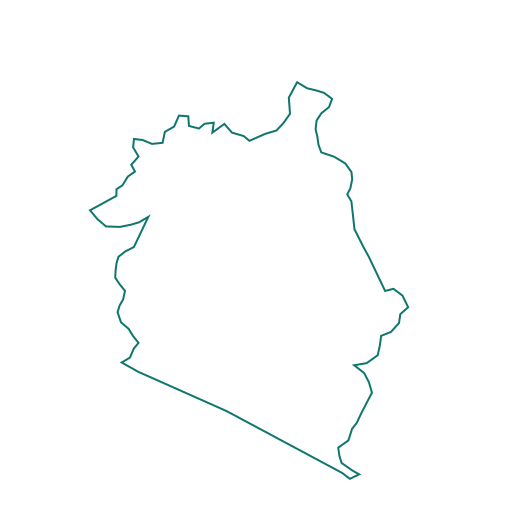 Sobradinho, Rio Grande do Sul, Brazil, rotated 290°
{"feature_id": "56859067B99876923576431", "entity_name": "Sobradinho", "entity_type": "district", "adm_level": 2, "iso_a3": "BRA", "parent_name": "Brazil", "parent_adm1": "Rio Grande do Sul", "projection": "robinson", "projection_center": [-53.013, -29.404], "detail": "fine", "context": "isolated", "style": "outline", "palette": "teal", "viewbox_px": 512, "rotation_deg": 290, "n_neighbors": 0, "source": "geoboundaries", "source_scale": "gbopen_adm2", "svg_char_len": 1442}
<svg xmlns="http://www.w3.org/2000/svg" viewBox="0 0 512 512"><g transform="rotate(290 256 256)"><path d="M110.0,166.2L106.9,184.8L100.2,281.4L81.6,411.2L78.7,420.4L86.1,427.6L87.5,419.4L90.8,407.2L96.6,402.8L104.0,398.8L114.3,405.9L126.4,405.4L133.8,407.8L143.3,408.6L155.0,410.1L167.2,411.7L175.9,405.4L183.0,397.7L186.9,385.6L193.2,396.7L204.4,404.3L214.2,403.0L223.8,400.9L230.8,408.8L242.0,413.3L250.7,411.5L259.9,416.5L268.9,407.2L272.2,396.4L267.3,389.3L294.2,361.9L300.9,354.2L314.8,339.4L339.9,327.0L345.1,320.7L352.0,321.5L360.9,320.2L367.5,317.0L373.5,308.3L376.0,295.4L375.7,281.9L382.0,276.6L389.4,272.7L395.4,268.7L404.0,266.6L412.5,268.6L421.0,273.7L429.7,273.7L432.6,264.0L432.2,256.2L431.1,246.7L433.3,235.2L416.0,232.7L401.3,239.3L390.5,236.4L380.9,232.3L374.2,223.2L362.0,210.4L364.5,203.4L363.7,191.3L369.3,181.1L357.0,172.8L366.8,170.7L362.7,162.5L356.3,158.8L355.3,148.5L364.1,144.6L361.6,135.6L349.6,134.8L341.5,127.9L330.4,129.5L325.8,120.0L326.2,109.7L324.2,101.3L316.0,103.4L309.3,111.6L299.1,107.6L293.9,113.4L286.8,108.4L276.7,106.3L271.1,102.1L264.7,104.2L242.2,84.4L236.4,94.4L232.5,105.0L236.8,118.2L242.6,127.7L247.6,134.5L256.0,141.4L222.7,138.2L215.3,131.4L208.2,127.0L201.6,127.4L194.5,129.0L187.5,131.1L182.9,137.4L178.4,144.8L169.9,146.0L162.9,144.8L155.9,145.1L147.5,151.8L144.0,161.2L138.7,167.9L134.2,175.3L127.1,172.8L117.4,172.3L110.0,166.2Z" fill="none" stroke="#0f766e" stroke-width="2"/></g></svg>